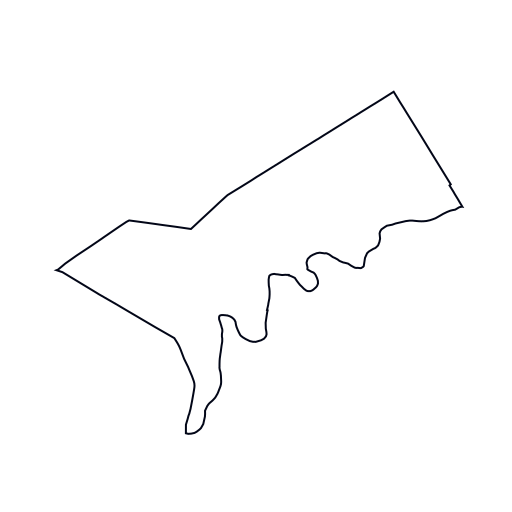 Walkerville, South Australia, Australia, rotated 11°
{"feature_id": "25037944B33474506304148", "entity_name": "Walkerville", "entity_type": "district", "adm_level": 2, "iso_a3": "AUS", "parent_name": "Australia", "parent_adm1": "South Australia", "projection": "mercator", "projection_center": [138.618, -34.894], "detail": "fine", "context": "isolated", "style": "outline", "palette": "ink", "viewbox_px": 512, "rotation_deg": 11, "n_neighbors": 0, "source": "geoboundaries", "source_scale": "gbopen_adm2", "svg_char_len": 4995}
<svg xmlns="http://www.w3.org/2000/svg" viewBox="0 0 512 512"><g transform="rotate(11 256 256)"><path d="M221.0,443.4L223.5,443.5L226.4,442.7L229.4,441.4L231.3,439.8L233.6,437.2L234.8,435.5L235.3,434.0L236.3,431.0L236.5,423.3L236.3,422.0L236.2,420.9L235.5,417.6L236.8,412.5L237.8,410.3L238.5,409.2L240.8,406.3L242.2,404.1L242.9,402.9L243.2,402.2L243.7,400.8L244.1,399.6L244.5,398.5L245.0,396.1L245.2,394.8L245.7,392.1L245.9,390.8L246.0,390.2L246.0,389.4L246.1,388.7L246.0,388.2L246.0,387.4L245.7,385.6L244.9,382.3L244.8,381.9L244.4,380.2L243.8,378.3L243.5,377.4L242.9,376.0L242.7,375.7L242.1,374.5L241.7,373.4L241.4,372.4L241.3,371.5L241.2,371.1L241.1,370.6L240.8,369.0L240.5,367.2L240.2,365.3L240.0,363.5L239.7,358.3L239.7,357.5L239.6,355.7L239.3,350.6L239.2,346.7L238.7,343.8L238.6,343.4L238.4,342.8L238.1,342.1L237.9,341.6L237.7,340.4L237.5,339.5L237.5,339.1L237.4,338.5L237.4,337.3L237.4,337.0L237.3,336.5L237.3,336.0L237.1,335.3L236.9,334.5L236.8,334.2L236.7,334.0L236.2,333.2L235.9,332.6L235.5,331.8L235.4,331.5L234.0,328.9L233.5,327.9L233.1,327.3L232.9,326.9L232.7,326.6L232.6,326.4L232.1,325.6L232.0,325.3L231.9,325.2L231.7,324.5L231.7,324.2L231.4,323.0L231.5,322.5L231.5,322.3L231.5,322.1L231.6,321.9L231.7,321.7L231.8,321.5L232.0,321.4L232.2,321.2L232.4,321.1L232.6,321.0L232.8,320.8L233.4,320.6L233.8,320.5L234.6,320.3L235.3,320.2L236.5,320.1L236.9,320.0L237.1,320.0L237.8,320.0L238.0,320.0L238.7,319.9L238.9,319.8L239.2,319.9L239.6,319.9L240.7,320.0L241.7,320.2L242.7,320.4L243.0,320.6L243.5,320.7L244.3,321.0L244.5,321.2L244.9,321.4L245.2,321.5L245.7,321.8L246.6,322.5L246.8,322.6L247.4,323.2L247.5,323.4L247.6,323.6L248.0,324.0L248.3,324.4L248.5,324.7L248.6,325.0L248.8,325.6L248.9,325.9L249.2,326.6L249.4,327.2L249.9,328.3L250.1,328.6L250.2,328.9L250.4,329.2L250.4,329.3L250.8,330.0L251.0,330.2L251.3,330.7L251.4,330.8L251.5,331.0L251.7,331.4L252.3,332.2L252.4,332.4L252.6,332.7L252.8,332.9L252.9,333.1L253.1,333.3L253.3,333.7L253.5,333.9L253.8,334.2L253.9,334.5L254.2,334.8L254.4,335.0L254.5,335.2L254.7,335.5L255.2,336.0L255.7,336.7L256.0,336.9L256.4,337.2L258.5,338.3L261.7,339.5L266.2,340.7L269.4,340.8L272.2,340.3L277.0,337.8L279.6,335.7L281.1,333.0L281.3,330.8L280.7,328.6L279.5,325.5L278.2,319.7L277.8,311.5L277.7,308.5L277.8,307.1L277.1,307.0L277.2,304.9L277.3,301.5L277.2,300.7L277.2,297.6L277.2,295.1L277.0,293.3L276.7,291.1L276.1,288.1L275.3,285.3L274.3,282.8L273.5,279.6L272.9,276.7L272.8,274.4L272.9,272.9L273.5,272.1L274.3,271.4L275.4,270.8L277.3,270.1L279.1,270.1L280.9,269.9L283.5,269.8L285.3,269.7L288.2,268.9L291.8,268.3L291.9,268.8L293.3,268.9L295.7,269.4L298.3,270.1L300.6,272.4L302.6,274.2L304.7,276.0L306.6,277.2L309.2,279.0L311.8,280.3L313.1,280.6L314.0,280.5L316.1,280.1L317.4,279.3L318.6,278.2L320.9,275.2L321.7,273.6L322.1,271.2L321.5,268.6L320.2,266.2L319.6,265.3L318.0,263.1L316.9,262.1L315.7,261.3L313.2,260.8L309.6,259.6L308.9,259.1L308.7,257.2L307.3,254.1L306.9,252.7L307.1,250.5L307.3,249.2L307.7,248.4L309.6,245.7L311.7,243.9L315.0,241.7L317.9,240.6L323.2,240.3L324.1,239.9L325.3,240.0L327.7,240.6L331.6,242.4L333.8,242.9L336.7,243.8L338.9,244.9L342.8,245.7L344.3,245.7L347.8,245.9L351.3,247.4L354.8,248.5L355.3,248.6L356.5,248.6L358.3,248.2L360.8,248.0L361.6,247.7L363.3,246.1L363.7,245.3L363.4,238.0L363.4,236.9L364.5,232.1L365.9,230.1L369.9,226.5L371.2,225.7L372.1,224.8L373.8,222.4L374.1,220.9L374.4,219.1L374.5,218.5L374.5,215.3L373.0,210.2L373.2,208.1L374.1,205.9L376.6,203.3L378.7,201.3L383.7,199.3L386.7,197.5L390.5,195.8L392.1,195.1L396.3,193.2L400.2,191.9L402.9,191.4L406.2,191.1L409.0,190.8L411.7,190.4L413.9,189.9L416.7,189.1L419.9,187.7L422.4,186.3L425.0,184.7L427.0,183.0L429.8,180.6L431.6,179.0L432.4,178.4L435.2,176.3L438.0,174.5L439.9,173.6L441.4,173.0L442.7,172.5L443.6,171.7L445.6,169.9L446.3,169.3L447.8,168.7L448.9,168.2L449.1,168.2L442.7,161.0L439.3,157.3L437.6,155.3L432.5,149.8L433.5,148.5L422.1,136.1L410.2,123.2L402.9,115.2L395.4,107.0L387.7,98.7L376.2,86.3L373.0,82.8L368.1,77.6L359.8,68.5L356.7,71.4L345.2,82.2L339.5,87.4L335.0,91.6L331.2,95.1L330.3,96.0L322.9,102.8L322.5,103.2L317.6,107.8L311.1,113.8L299.6,124.5L295.4,128.5L294.0,129.8L293.8,129.9L273.7,148.4L267.9,153.8L263.1,158.3L254.7,166.1L247.3,173.0L243.4,176.6L241.4,178.4L236.8,182.9L227.3,191.7L225.2,193.6L216.5,201.6L214.8,203.8L209.3,211.2L205.5,216.5L198.5,226.1L195.7,229.9L190.2,237.5L187.0,241.9L180.6,242.2L172.3,242.6L158.4,243.4L152.6,243.7L143.3,244.2L131.3,244.9L124.7,245.3L122.3,247.2L116.2,253.2L109.6,259.9L103.5,266.1L101.4,268.3L91.9,277.9L79.8,289.8L70.6,299.4L70.3,299.7L64.3,307.1L62.9,308.0L69.1,308.8L108.0,323.1L108.4,323.3L127.7,329.9L141.2,334.7L170.7,345.1L184.2,349.7L191.5,352.2L194.9,355.8L196.3,357.4L197.9,359.4L200.0,362.5L205.0,370.6L210.6,378.0L211.9,380.0L216.1,386.2L217.6,388.7L218.9,390.9L219.8,392.9L220.4,395.1L220.6,396.8L220.7,399.0L220.8,403.1L220.9,410.4L220.9,412.2L220.9,418.6L220.7,421.6L220.6,423.4L220.2,425.8L220.0,429.0L219.4,434.9L221.0,443.4Z" fill="none" stroke="#020617" stroke-width="2"/></g></svg>